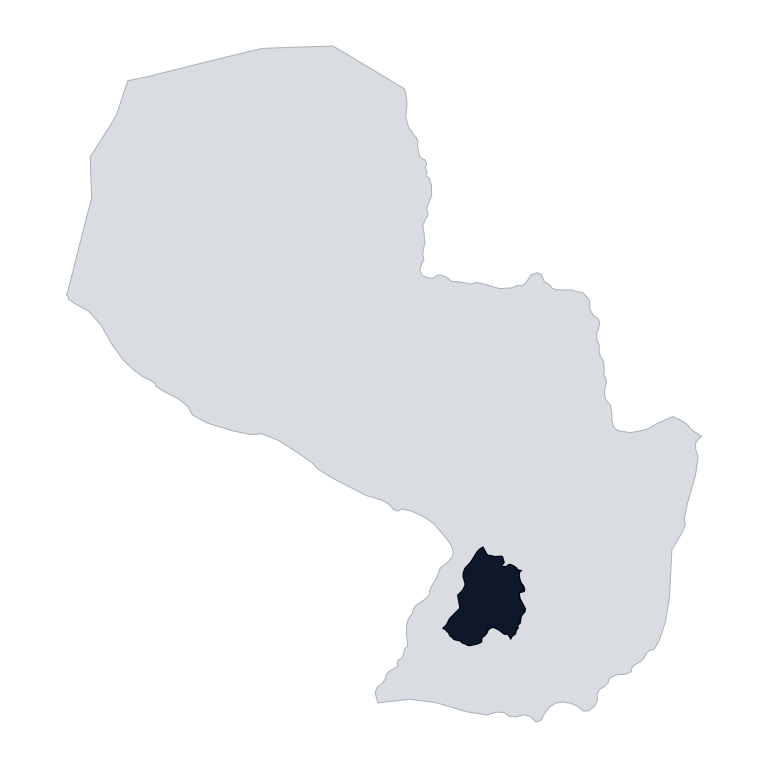 Paraguarí highlighted on a map of Paraguay
{"feature_id": "PRY-611", "entity_name": "Paraguarí", "entity_type": "Department", "adm_level": 1, "iso_a3": "PRY", "parent_name": "Paraguay", "parent_adm1": "", "projection": "orthographic", "projection_center": [-57.025, -26.024], "detail": "fine", "context": "in_parent", "style": "filled", "palette": "ink", "viewbox_px": 768, "rotation_deg": 0, "n_neighbors": 0, "source": "natural_earth", "source_scale": "10m", "svg_char_len": 5413}
<svg xmlns="http://www.w3.org/2000/svg" viewBox="0 0 768 768"><path d="M405.7,116.8L407.4,122.7L408.5,127.3L411.0,130.5L413.6,134.8L416.1,137.2L418.0,141.3L417.5,145.9L418.5,151.8L419.8,156.9L421.1,158.3L424.7,159.6L426.6,164.3L425.3,166.6L425.8,169.3L427.1,172.0L426.0,174.5L426.6,176.5L429.1,178.2L431.4,184.7L431.7,195.8L429.2,201.7L427.2,206.6L426.7,209.6L428.3,213.9L425.8,219.1L422.8,225.3L423.5,229.6L424.1,233.7L424.3,238.0L425.1,242.1L424.1,246.4L423.2,250.2L422.7,254.5L424.0,259.4L421.7,264.0L420.5,267.3L420.0,270.5L422.3,275.6L428.1,277.8L432.6,278.3L436.9,275.6L440.1,274.7L446.2,277.1L451.7,281.4L458.8,282.0L465.1,282.7L469.8,284.1L476.9,282.5L484.2,284.1L492.7,286.5L499.7,288.7L506.8,288.1L512.0,287.9L517.6,285.4L522.8,285.7L526.9,281.4L529.1,277.6L531.2,274.9L536.9,272.8L541.0,274.2L544.2,281.2L550.0,285.3L552.2,288.3L556.5,289.7L565.7,290.0L571.5,289.8L578.0,292.0L582.3,292.0L586.0,295.9L589.5,300.5L589.9,308.9L593.1,315.4L597.4,317.9L599.6,322.0L598.8,327.7L596.7,333.4L596.9,339.6L599.1,345.3L599.1,351.0L600.5,356.7L603.5,361.6L604.4,369.5L603.8,375.2L605.8,378.4L606.5,383.1L605.2,386.8L604.6,392.0L604.8,396.6L606.3,400.4L610.7,405.3L611.9,414.0L611.8,420.0L613.7,427.1L617.4,430.4L623.3,431.5L630.2,432.7L638.7,431.2L646.1,429.4L650.4,427.6L658.6,422.6L665.9,419.7L669.6,417.9L673.1,416.6L680.2,420.0L686.9,424.2L692.0,430.0L701.5,436.4L699.6,437.9L695.7,442.9L695.6,448.9L698.2,457.6L695.4,475.7L687.4,503.4L684.1,519.6L685.3,524.2L682.4,532.2L671.9,549.5L671.3,561.2L669.5,596.4L665.6,621.2L659.6,639.5L654.3,649.2L649.6,650.3L646.2,653.2L644.1,657.9L640.3,661.7L634.8,664.7L631.7,668.1L631.2,671.8L625.9,674.1L615.8,675.0L609.9,677.9L608.1,682.7L604.7,686.5L599.6,689.3L597.2,694.0L597.4,700.6L594.5,706.2L588.5,710.9L583.0,711.0L578.0,706.5L571.3,703.4L562.9,701.9L555.8,703.0L550.1,706.7L545.1,712.5L540.7,720.6L535.8,721.9L530.5,716.5L523.8,714.8L515.6,716.9L509.1,716.2L504.2,712.5L496.8,712.1L486.7,715.0L466.4,711.7L435.7,702.5L409.7,699.2L377.9,702.9L375.1,693.2L376.7,687.9L381.8,683.9L385.0,679.4L386.3,674.4L389.8,670.6L395.6,667.9L398.1,665.2L397.2,662.5L398.4,660.1L401.8,658.0L403.6,654.8L404.0,650.3L405.3,648.1L407.5,646.4L407.7,643.4L406.4,633.8L406.5,626.0L408.0,620.0L410.0,616.3L411.3,615.3L412.6,613.1L413.1,609.5L415.2,606.0L425.4,598.9L429.2,595.1L429.5,591.6L431.1,586.9L437.1,576.8L439.0,572.0L439.1,569.7L441.3,567.2L448.6,561.5L452.6,556.2L453.2,551.3L451.4,545.6L447.2,539.4L433.9,523.7L423.6,516.6L410.4,510.8L401.7,509.0L397.6,511.1L393.4,509.5L389.0,504.2L381.8,500.1L366.5,495.6L331.8,477.8L317.8,469.1L313.0,463.7L299.9,454.1L278.4,440.3L261.9,433.8L250.6,434.5L232.3,430.8L207.0,422.9L192.3,414.9L188.2,406.9L178.7,399.0L163.8,391.4L156.0,386.3L155.4,383.7L150.9,380.5L142.6,376.6L133.5,369.8L123.4,360.1L112.4,345.0L100.6,324.4L88.1,310.7L75.1,303.9L68.6,299.3L68.5,297.0L66.5,294.8L68.0,290.6L72.1,274.5L78.0,251.0L84.2,226.7L91.6,198.1L90.9,178.1L90.2,157.0L101.5,139.2L109.6,126.6L116.5,114.6L123.3,94.3L127.9,80.7L146.6,76.9L178.5,68.9L194.4,64.9L228.0,56.6L262.2,48.4L298.3,47.1L333.1,46.1L360.4,62.3L381.1,74.8L403.9,88.5L405.5,91.6L407.1,103.3L405.7,116.8Z" fill="#d9dde1" stroke="#a8b0b8" stroke-width="1"/><path d="M513.7,566.0L516.0,567.7L517.6,569.7L518.2,570.1L518.6,570.3L521.0,570.6L519.8,571.8L519.3,573.3L519.1,574.6L519.2,576.1L519.6,578.6L520.4,581.1L520.9,582.4L521.4,583.3L523.2,585.6L523.8,586.8L524.5,589.1L524.5,590.4L524.1,591.2L523.4,591.6L520.2,592.4L519.8,592.6L519.3,593.2L519.2,593.7L519.3,594.1L519.3,594.3L519.7,597.5L520.0,598.6L520.5,599.7L525.3,608.8L524.8,611.5L524.4,612.2L521.9,615.1L521.3,616.1L520.6,619.2L520.3,622.1L520.1,622.9L519.8,623.5L518.2,624.6L518.0,625.0L517.8,625.5L517.9,626.3L518.0,627.0L518.0,627.8L517.6,628.7L516.6,629.7L516.2,630.3L515.9,631.3L515.8,632.2L515.5,633.3L514.9,634.2L513.4,635.4L512.6,636.0L511.5,636.9L510.8,638.7L508.2,634.6L507.5,634.2L506.6,633.9L505.7,634.2L504.4,634.0L503.0,633.2L500.6,631.1L499.0,630.0L494.6,627.7L494.1,627.5L493.5,627.4L492.8,627.4L492.0,627.5L491.2,627.7L490.7,627.9L490.2,628.2L489.1,629.1L488.2,630.0L487.5,631.1L487.1,632.1L486.9,632.8L486.6,633.4L486.3,633.9L485.5,634.2L485.1,634.8L484.9,635.2L484.8,635.6L484.5,635.9L483.9,636.3L482.9,636.7L482.2,637.2L481.8,638.0L481.7,639.1L481.7,640.3L481.6,641.3L481.1,642.1L480.2,642.7L476.4,644.1L469.9,645.5L468.0,645.3L466.4,644.6L465.2,643.8L463.2,643.3L462.2,642.7L461.4,642.0L460.9,641.3L460.0,640.8L454.6,639.6L453.6,639.1L453.1,638.4L452.6,637.7L452.1,637.2L450.2,636.1L449.8,635.5L449.5,634.9L449.0,633.5L448.6,632.7L448.1,632.2L447.3,631.7L446.8,631.3L445.6,629.6L443.1,628.3L444.5,626.7L446.1,625.4L446.9,624.1L449.7,618.6L459.5,608.7L459.8,608.1L459.9,607.3L457.8,595.3L461.2,592.0L462.9,589.8L464.9,586.0L465.2,584.2L465.0,582.8L463.3,577.2L463.2,575.3L463.4,572.9L464.3,570.1L465.1,568.4L466.0,567.2L468.6,564.6L471.0,561.8L477.3,551.7L477.8,551.1L479.9,549.1L482.9,547.2L486.6,554.0L487.2,554.7L488.4,555.5L490.4,555.6L491.2,555.7L493.0,556.3L494.3,556.6L494.9,556.7L500.4,556.3L501.2,556.4L502.1,556.6L502.6,557.2L502.8,557.9L503.2,559.9L503.4,560.6L503.9,561.5L504.0,561.9L504.0,562.2L503.9,562.6L503.7,563.0L502.8,564.0L501.9,564.8L501.6,565.1L501.5,565.5L501.8,566.0L502.3,566.3L502.9,566.5L505.2,566.7L505.7,566.6L506.2,566.5L506.7,566.2L507.2,565.9L507.7,565.5L508.4,565.0L509.3,564.6L510.0,564.6L510.6,564.7L513.7,566.0Z" fill="#0f172a" stroke="#020617" stroke-width="1.5"/></svg>